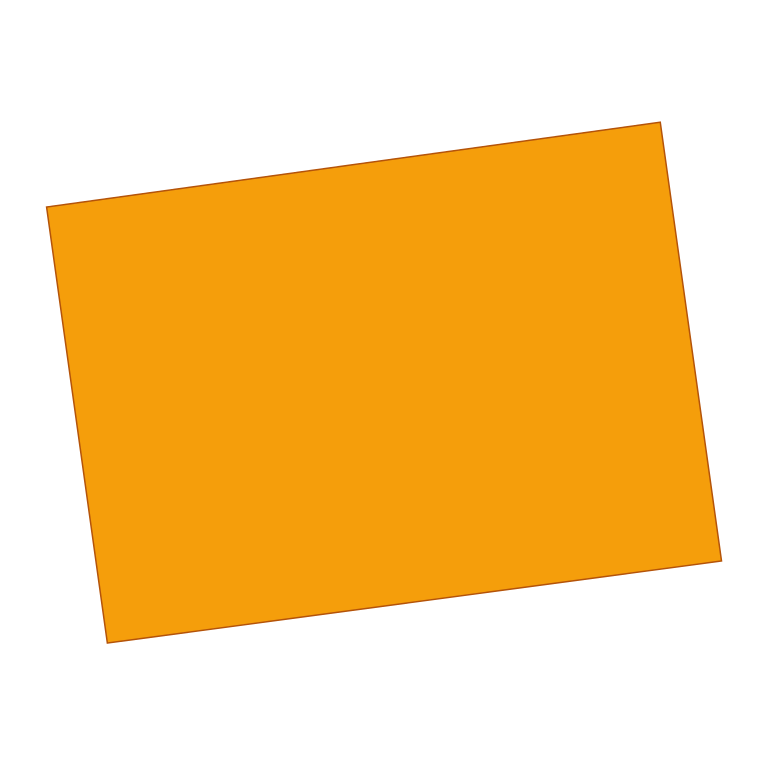 Union, Iowa, United States of America, rotated 352°
{"feature_id": "52423323B51615834161457", "entity_name": "Union", "entity_type": "district", "adm_level": 2, "iso_a3": "USA", "parent_name": "United States of America", "parent_adm1": "Iowa", "projection": "natural_earth1", "projection_center": [-94.28, 41.027], "detail": "fine", "context": "isolated", "style": "filled", "palette": "amber", "viewbox_px": 768, "rotation_deg": 352, "n_neighbors": 0, "source": "geoboundaries", "source_scale": "gbopen_adm2", "svg_char_len": 240}
<svg xmlns="http://www.w3.org/2000/svg" viewBox="0 0 768 768"><g transform="rotate(352 384 384)"><path d="M74.5,161.8L74.0,602.0L693.6,606.2L694.0,163.2L385.3,162.5L74.5,161.8Z" fill="#f59e0b" stroke="#b45309" stroke-width="1.5"/></g></svg>